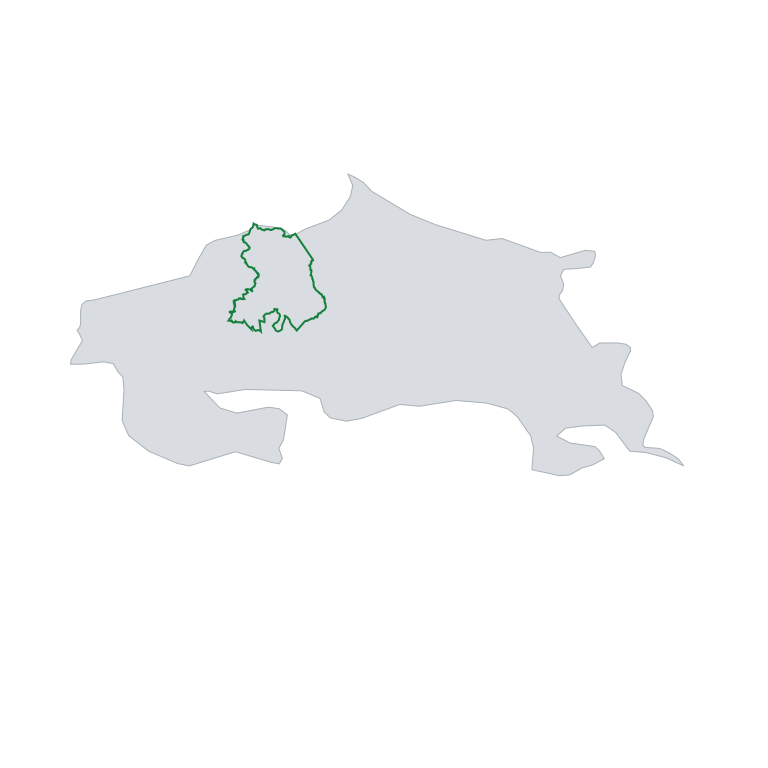 San Carlos, Alajuela, Costa Rica shown in context, rotated 326°
{"feature_id": "36466004B93009353653886", "entity_name": "San Carlos", "entity_type": "district", "adm_level": 2, "iso_a3": "CRI", "parent_name": "Costa Rica", "parent_adm1": "Alajuela", "projection": "orthographic", "projection_center": [-84.486, 10.62], "detail": "fine", "context": "in_parent", "style": "outline", "palette": "green", "viewbox_px": 768, "rotation_deg": 326, "n_neighbors": 0, "source": "geoboundaries", "source_scale": "gbopen_adm2", "svg_char_len": 7788}
<svg xmlns="http://www.w3.org/2000/svg" viewBox="0 0 768 768"><g transform="rotate(326 384 384)"><path d="M632.8,391.7L631.9,394.5L629.4,397.4L625.7,400.4L620.8,402.5L609.0,396.5L597.4,389.6L591.0,392.8L588.6,401.8L584.4,406.4L579.0,408.3L576.8,411.3L576.5,441.5L577.0,470.1L585.8,470.7L600.5,480.5L606.8,486.3L608.8,491.7L607.0,494.3L596.3,500.6L585.9,508.5L580.7,518.4L589.9,534.2L591.9,544.9L591.6,556.2L589.1,561.6L568.9,574.7L564.4,579.3L565.0,582.5L576.3,591.4L581.6,600.0L586.1,610.4L586.7,619.5L576.5,602.8L562.3,586.8L550.1,577.0L549.0,554.0L544.1,541.5L525.6,530.1L509.8,522.1L498.1,523.8L505.3,537.0L523.9,553.9L525.2,560.4L524.9,569.1L512.1,567.8L500.9,564.3L487.2,563.2L478.0,558.0L458.7,537.8L472.3,520.5L476.6,509.1L476.2,485.6L473.0,474.2L458.1,456.9L434.4,437.9L401.2,422.4L385.6,409.8L346.8,400.2L332.0,393.8L320.5,382.0L318.8,373.5L322.9,360.4L312.2,343.8L266.1,311.0L240.3,299.0L234.8,291.9L230.7,289.7L234.6,312.2L245.8,325.9L275.3,338.6L283.4,346.0L286.6,355.6L269.5,374.0L260.8,378.6L258.2,388.7L252.6,391.7L246.7,385.9L222.9,357.0L176.7,343.0L168.4,334.5L151.3,308.1L143.5,284.0L146.4,268.0L165.4,243.1L171.4,232.2L170.2,225.5L170.9,215.6L163.8,208.7L146.4,199.7L135.2,192.4L138.3,188.9L158.4,179.3L159.7,170.6L159.6,167.7L162.9,167.1L165.8,164.8L167.6,162.4L173.1,154.0L177.9,149.2L183.4,148.5L190.2,152.0L215.4,161.2L243.5,171.3L283.5,185.7L300.1,176.5L314.4,169.5L324.3,170.5L345.8,178.7L358.8,181.3L366.7,180.5L380.5,192.4L388.0,201.4L389.3,207.4L393.4,210.6L404.2,211.3L430.4,217.4L446.5,216.1L461.1,209.7L469.1,201.9L471.5,189.8L475.2,195.8L479.6,205.2L481.5,217.3L500.5,257.9L515.7,280.6L548.9,321.9L563.2,329.4L587.5,362.6L595.9,368.0L600.7,377.8L625.8,385.8L632.8,391.7Z" fill="#d9dde1" stroke="#a8b0b8" stroke-width="1"/><path d="M394.5,209.8L391.8,209.7L390.6,209.3L390.1,209.3L389.8,209.4L389.3,210.0L388.2,210.2L387.8,209.9L387.5,209.1L387.6,208.8L387.9,208.3L387.7,208.0L386.7,207.6L385.4,207.4L384.3,205.8L383.2,205.4L383.1,204.9L383.2,204.6L383.6,204.4L385.5,203.9L385.8,203.6L386.5,202.0L386.5,201.4L385.9,199.7L385.8,198.3L385.2,197.3L384.6,196.6L383.4,196.2L382.4,194.9L380.4,193.7L378.2,193.7L377.3,193.3L376.7,193.3L375.9,192.8L375.1,191.3L374.3,190.6L373.4,190.1L372.7,190.0L372.4,189.6L372.1,189.5L371.5,189.6L371.3,189.8L370.8,189.8L370.4,189.5L369.9,188.5L369.3,188.1L368.9,187.4L368.6,186.4L368.7,185.7L368.0,185.4L366.6,185.0L366.4,184.8L366.4,184.4L366.6,183.9L366.6,183.4L366.9,182.5L367.4,181.9L367.4,181.0L366.9,180.1L365.7,179.0L365.5,178.2L364.9,178.9L362.7,180.6L362.1,180.8L360.2,180.9L359.4,181.3L357.7,182.8L355.5,184.2L353.4,183.4L351.2,183.2L350.1,182.8L350.0,183.3L348.9,183.8L348.8,184.3L347.5,185.0L347.4,185.5L348.0,185.9L348.1,186.4L347.4,187.1L347.1,187.6L347.2,188.3L347.3,188.5L347.9,188.7L348.5,190.2L348.5,192.2L348.7,193.1L348.6,194.1L348.9,194.3L348.7,195.2L349.0,195.4L349.0,195.7L348.0,196.6L346.8,196.8L346.2,196.4L343.7,196.5L343.1,195.7L342.7,195.5L342.1,195.6L341.3,195.6L339.7,196.8L339.3,196.5L339.0,196.6L338.4,197.5L337.7,197.8L337.1,198.4L337.1,198.8L337.4,199.5L337.2,200.5L338.0,201.1L338.0,202.0L338.2,202.4L338.4,203.3L337.6,205.3L336.8,205.6L337.0,206.1L337.6,206.6L337.5,206.9L337.1,207.6L337.3,208.2L337.2,210.6L337.4,211.3L337.9,211.9L339.5,213.1L339.8,213.9L339.9,215.0L340.4,215.5L341.0,215.6L340.3,216.7L340.3,217.0L340.7,217.7L340.9,218.2L340.7,219.4L341.1,220.4L340.8,221.1L341.5,221.8L340.9,222.3L340.8,222.7L340.8,223.1L341.3,223.5L341.2,223.7L340.4,224.1L339.7,225.0L339.2,225.1L339.1,224.6L338.9,224.4L338.6,224.4L337.3,224.9L336.3,225.0L335.9,225.5L335.6,225.3L334.9,225.3L334.6,225.9L334.0,226.5L333.7,226.9L333.9,228.0L333.6,228.8L332.8,229.1L332.3,229.6L331.8,229.9L331.6,230.5L327.2,230.8L327.4,231.3L327.1,231.6L327.1,232.4L326.7,233.3L326.3,233.2L326.2,232.1L326.0,231.4L324.9,230.0L323.4,228.6L322.3,228.4L322.0,228.4L322.0,229.7L322.4,230.2L322.1,230.7L322.2,232.1L320.8,232.1L320.3,231.9L319.9,232.1L319.3,232.1L319.1,232.1L318.8,231.7L318.2,231.5L317.4,231.0L317.1,231.0L317.0,231.8L315.7,233.7L315.8,235.3L315.6,235.2L314.9,235.1L314.6,234.9L314.3,234.4L313.3,233.9L313.1,233.6L312.8,232.5L312.4,232.4L312.1,232.1L311.8,232.0L311.0,232.4L310.3,232.5L309.8,232.1L309.4,231.8L308.6,231.8L307.8,231.5L307.1,231.0L306.3,231.0L306.6,232.0L305.2,232.1L305.3,232.8L305.0,233.1L305.4,233.2L305.3,233.6L305.4,234.1L304.8,235.0L304.0,235.1L303.7,235.5L304.1,236.2L303.6,236.4L303.4,236.9L301.9,237.6L301.4,238.1L301.3,238.7L301.1,239.1L301.2,239.6L300.6,240.0L300.7,240.4L299.3,240.2L299.0,240.0L299.0,239.1L298.3,238.9L297.7,238.3L296.5,237.9L296.3,238.1L296.3,238.5L297.2,240.7L297.1,241.1L296.7,241.6L295.5,242.2L294.8,243.0L293.7,243.4L292.6,243.5L291.8,244.0L290.5,244.5L291.4,245.2L292.1,246.1L292.4,246.2L293.2,246.1L293.2,246.5L292.9,247.1L292.9,247.8L293.0,248.2L293.2,248.5L294.1,248.7L294.2,249.3L295.0,249.6L296.3,249.1L296.4,250.0L296.7,250.7L298.0,251.4L298.4,251.9L298.8,252.0L299.3,252.7L300.3,253.1L300.8,254.4L301.3,254.3L301.6,253.9L302.2,253.8L302.5,253.6L303.1,253.7L303.5,253.3L303.5,258.7L304.6,264.3L304.8,263.7L305.4,263.2L306.4,263.2L306.6,262.8L306.9,262.7L307.3,262.9L307.4,263.4L306.7,264.6L306.8,265.4L306.6,265.8L306.6,266.2L307.1,268.0L307.3,268.2L307.9,268.1L309.2,268.9L309.8,268.9L310.5,269.5L310.6,270.1L311.2,271.1L311.3,271.6L316.2,261.7L319.5,265.8L319.8,265.3L320.7,264.3L321.0,263.7L321.0,263.1L321.8,262.4L321.9,261.8L321.8,260.8L321.9,260.5L324.2,259.9L325.8,259.8L326.2,260.1L326.7,260.6L328.0,261.2L328.5,261.6L329.1,261.4L330.7,261.4L331.7,261.7L331.9,262.1L333.6,262.1L334.8,261.6L334.7,261.0L334.9,260.7L335.2,260.9L335.6,260.8L335.9,261.5L337.3,262.3L337.4,262.6L337.2,262.8L336.3,263.1L335.7,264.5L335.6,265.8L336.4,267.0L336.4,267.8L336.2,268.7L335.7,269.6L334.0,270.7L333.2,271.6L333.1,271.9L332.5,272.2L331.5,272.4L330.3,272.8L329.7,273.2L329.3,273.2L328.8,272.9L327.0,272.6L325.7,273.4L324.5,273.4L324.4,273.8L324.3,275.5L324.6,277.0L324.3,278.1L324.4,279.4L324.7,280.2L325.5,281.1L326.1,281.5L329.7,281.7L331.1,280.4L332.2,278.7L333.2,278.1L333.6,277.7L335.7,276.4L337.1,275.2L338.0,274.9L338.6,274.4L339.3,273.7L339.7,272.1L339.8,271.9L340.1,272.0L340.4,272.9L341.3,274.6L341.2,276.3L341.6,276.8L341.5,278.2L340.7,280.1L340.5,284.1L340.9,285.1L340.8,285.6L341.6,288.5L341.4,289.1L341.6,290.9L352.6,288.0L353.8,287.8L354.9,288.1L355.0,288.5L356.0,288.8L356.7,288.7L357.0,288.9L358.0,289.0L359.0,288.9L359.4,289.3L361.0,289.3L361.6,289.9L361.9,290.4L363.1,290.4L364.3,289.9L364.7,290.0L365.3,289.9L365.3,290.5L365.8,291.4L366.6,291.1L366.8,290.7L367.2,290.5L367.8,289.7L368.9,289.4L369.1,288.9L369.8,289.3L370.2,289.3L370.5,289.6L371.2,289.8L371.6,289.7L372.0,289.4L372.9,289.2L374.7,289.1L375.0,289.3L375.3,289.3L376.7,289.1L378.3,288.2L378.8,287.7L379.2,287.1L379.6,285.8L380.3,284.9L380.4,284.5L380.3,284.1L380.4,283.8L380.4,283.0L381.5,281.9L381.4,281.5L382.1,280.6L382.1,280.1L382.4,280.1L382.4,279.9L382.1,279.8L382.0,279.4L382.4,279.4L382.3,279.0L382.8,278.8L383.0,278.3L382.2,278.3L381.7,277.5L381.8,277.0L382.2,276.4L382.2,275.4L382.4,275.2L382.4,274.9L382.0,274.8L381.9,274.4L381.9,273.9L381.6,273.4L381.4,272.3L381.1,272.1L381.3,271.5L380.8,270.4L380.8,269.7L380.1,268.0L380.1,267.3L380.4,266.5L380.4,265.7L380.0,265.1L380.0,264.8L380.3,264.6L380.3,264.1L380.9,263.1L381.0,262.3L381.7,261.6L382.0,260.8L382.7,260.1L382.7,259.2L383.2,258.2L383.2,257.4L384.2,255.1L384.3,253.9L384.0,253.1L384.3,253.1L384.5,252.5L384.9,252.3L385.6,251.3L387.2,249.6L387.4,249.1L386.9,248.9L386.8,248.7L387.0,248.4L387.1,247.7L387.3,247.4L387.5,247.0L387.9,246.7L388.4,245.6L388.3,245.0L388.3,244.0L389.0,244.2L389.9,243.9L389.8,243.7L390.0,243.6L390.8,243.6L391.0,242.9L391.5,242.9L391.9,242.0L392.8,241.4L393.2,241.3L393.1,241.7L393.3,241.8L394.0,241.8L394.6,241.6L394.5,209.8Z" fill="none" stroke="#15803d" stroke-width="2"/></g></svg>